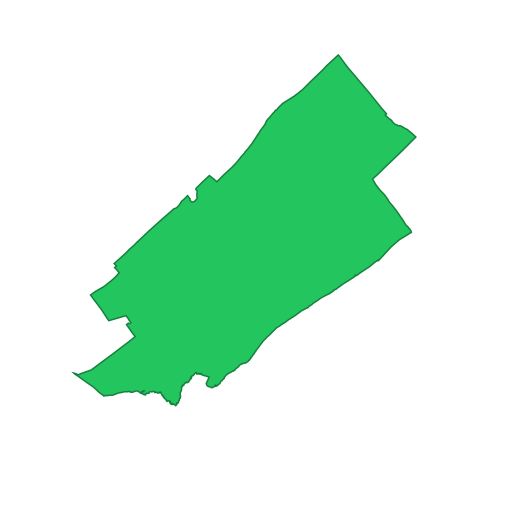 Seaca De Padure, Dolj, Romania, rotated 310°
{"feature_id": "2599482B71880041141531", "entity_name": "Seaca De Padure", "entity_type": "district", "adm_level": 2, "iso_a3": "ROU", "parent_name": "Romania", "parent_adm1": "Dolj", "projection": "albers", "projection_center": [23.279, 44.368], "detail": "fine", "context": "isolated", "style": "filled", "palette": "green", "viewbox_px": 512, "rotation_deg": 310, "n_neighbors": 0, "source": "geoboundaries", "source_scale": "gbopen_adm2", "svg_char_len": 5969}
<svg xmlns="http://www.w3.org/2000/svg" viewBox="0 0 512 512"><g transform="rotate(310 256 256)"><path d="M360.8,355.4L374.0,359.8L375.0,358.2L375.6,355.8L375.6,355.0L376.0,353.6L376.1,350.7L377.1,348.0L378.0,345.2L380.9,334.5L382.3,328.0L382.9,324.0L383.5,322.0L384.1,320.7L385.4,315.6L385.9,311.7L386.1,308.8L387.6,302.1L388.7,299.1L389.8,295.8L396.7,296.8L404.4,297.5L431.1,300.4L449.9,302.0L450.2,296.5L450.1,290.1L449.6,288.9L449.1,285.2L448.5,282.8L448.4,282.6L447.5,281.7L447.2,281.0L446.9,279.3L446.2,277.9L446.2,276.9L446.4,276.0L446.4,274.8L446.4,274.1L446.8,273.6L447.0,272.4L446.8,269.0L446.9,264.6L448.8,264.6L450.0,256.9L454.1,236.3L459.4,205.3L460.4,200.8L462.5,192.1L462.9,189.8L447.2,187.8L441.5,187.5L425.9,185.8L412.3,184.6L410.5,184.0L408.2,183.7L405.0,182.9L402.7,182.5L402.1,182.2L390.3,178.4L384.4,177.8L382.8,177.8L381.9,177.9L381.0,177.8L380.6,177.4L379.1,177.3L378.8,177.5L375.8,177.2L375.1,177.3L372.0,177.2L371.7,177.4L369.1,177.1L366.3,177.2L362.8,178.2L361.3,178.4L355.4,178.7L352.0,179.2L350.6,179.6L350.2,179.5L350.2,179.3L349.5,179.4L343.5,180.2L341.9,180.3L340.7,180.6L331.9,180.9L329.0,180.7L327.6,181.0L323.5,180.8L315.4,181.0L307.7,180.5L298.1,179.2L287.8,178.3L287.7,168.6L278.3,167.4L269.3,166.6L268.3,167.2L268.0,169.2L265.2,171.1L262.0,174.0L257.7,173.7L256.4,172.4L256.0,171.7L256.4,169.2L257.3,168.9L258.3,164.8L252.7,164.3L250.2,163.8L246.3,164.4L243.0,164.3L241.5,164.0L240.5,163.5L239.6,162.8L223.5,160.3L205.7,157.8L189.3,155.9L186.0,155.7L179.2,154.6L176.8,154.6L174.0,154.3L159.0,152.2L158.7,155.6L156.2,155.1L155.9,158.5L155.2,161.9L151.1,161.9L149.5,161.8L144.5,161.1L138.1,159.8L137.6,159.8L134.5,159.0L125.4,155.7L119.7,154.3L115.6,172.1L112.8,181.2L111.8,184.8L126.7,194.7L126.0,198.1L125.1,200.4L124.6,203.0L123.1,202.7L122.6,202.3L122.5,201.4L120.2,200.9L117.6,210.6L116.6,215.2L109.3,213.8L88.8,209.2L62.8,203.0L53.6,197.6L50.8,196.2L49.5,192.2L49.2,191.6L49.1,193.2L49.4,195.2L50.4,208.2L51.1,215.6L50.9,220.0L50.7,222.7L50.7,224.1L51.0,228.2L51.0,228.9L50.9,229.4L51.8,230.2L52.9,230.7L53.2,231.6L55.4,233.5L57.4,235.8L62.4,238.5L63.9,239.7L64.8,240.6L66.3,241.6L67.8,242.8L68.6,244.0L71.1,246.3L71.1,246.6L70.9,247.2L72.5,249.2L75.0,250.5L75.9,251.2L76.5,252.6L76.7,253.7L76.9,256.1L78.6,255.8L78.9,256.2L79.4,256.4L79.9,256.3L80.4,256.8L80.9,256.8L80.9,257.0L80.6,257.0L79.1,256.5L78.2,256.4L77.4,256.9L77.4,257.4L77.9,259.7L78.7,260.7L79.1,260.4L79.0,260.0L80.2,260.3L82.0,262.2L83.0,261.8L83.8,262.1L84.6,262.8L84.7,263.2L85.1,263.7L86.2,264.3L86.5,264.7L86.8,264.9L86.9,265.7L86.6,265.8L86.3,266.1L86.3,266.3L86.9,266.7L87.3,267.3L87.6,267.4L88.0,267.9L87.8,268.3L87.9,268.6L87.8,268.8L88.0,269.1L88.3,269.2L89.1,269.8L89.2,270.1L89.6,270.1L89.9,269.8L90.4,270.3L90.5,270.8L90.4,271.0L89.7,271.6L89.3,273.3L89.1,273.5L89.3,273.8L88.7,274.1L88.7,274.4L88.9,275.1L88.8,275.4L88.4,275.8L88.4,276.0L88.8,276.4L88.6,276.7L88.2,276.9L88.0,278.0L88.4,278.4L88.3,279.0L88.1,279.4L88.0,279.9L87.6,280.2L87.4,280.9L87.5,281.4L88.0,281.5L88.5,282.0L88.8,281.8L89.2,282.4L89.4,283.1L88.9,283.6L89.4,283.9L89.4,284.1L88.3,284.5L88.2,284.7L88.4,284.8L88.5,285.3L87.9,285.6L87.9,286.0L88.1,286.8L88.3,287.0L88.9,286.5L89.1,286.6L89.2,286.9L88.9,287.1L88.8,287.4L88.8,287.7L89.5,288.2L89.7,288.5L89.8,289.9L89.6,290.5L89.8,290.7L91.2,290.8L92.0,289.8L92.7,289.9L92.8,290.1L92.6,290.5L93.1,290.8L94.1,290.5L94.7,290.1L95.6,290.2L96.8,289.5L98.7,289.2L99.7,288.6L102.2,286.0L105.0,285.3L108.4,283.0L108.7,283.3L109.3,282.9L109.9,282.9L110.1,283.0L110.0,283.5L110.3,283.6L110.8,283.7L111.6,283.3L112.4,283.3L113.1,283.5L114.0,283.4L114.4,283.6L114.5,284.5L115.2,284.7L115.2,285.0L115.6,285.2L118.3,285.1L118.7,284.7L119.4,284.6L119.9,285.1L120.5,284.9L120.9,285.1L121.1,285.0L121.1,284.0L121.3,283.9L121.6,284.5L122.6,283.9L123.0,284.3L124.3,284.8L125.0,284.7L125.4,284.8L125.9,284.6L128.2,284.8L127.6,286.3L127.6,286.8L127.9,286.9L128.2,287.2L128.5,287.2L128.8,286.9L129.1,287.1L129.0,287.8L129.0,288.2L129.2,288.3L129.4,288.1L129.6,288.3L129.4,288.7L129.4,289.1L129.6,289.4L130.5,289.2L130.7,289.4L130.5,289.9L130.5,290.2L130.2,291.2L131.9,294.9L132.2,295.8L132.6,296.3L132.6,296.8L133.0,297.8L133.0,298.0L126.4,299.8L125.5,301.1L125.3,301.7L125.3,303.0L125.6,304.1L126.5,305.4L126.5,305.8L126.4,306.2L126.6,306.8L127.8,307.5L128.6,307.8L129.0,308.0L129.9,308.1L129.9,308.3L130.2,308.4L130.7,308.2L130.8,308.0L130.8,307.8L131.4,308.1L131.4,308.3L130.5,308.5L130.4,308.9L131.9,309.8L133.0,309.9L133.3,309.6L133.8,309.9L134.9,310.3L135.6,310.2L136.5,309.8L137.6,309.8L138.2,310.0L140.3,310.0L140.6,310.2L141.5,310.1L142.0,310.3L142.3,310.2L142.8,309.6L143.3,309.6L144.5,309.8L145.0,309.7L145.7,309.7L147.0,310.2L147.6,310.0L148.6,310.4L150.2,311.3L152.7,312.1L153.2,312.2L153.2,312.5L154.9,313.1L156.6,313.0L160.3,313.8L161.4,313.5L163.2,314.0L163.8,314.5L164.9,314.8L167.6,317.0L169.0,317.3L169.7,317.6L171.5,317.7L171.8,317.9L172.6,317.7L173.9,317.8L174.4,317.7L174.9,317.2L175.2,317.5L177.4,317.5L179.1,317.1L179.2,317.3L179.4,317.4L180.5,317.1L183.1,317.0L183.9,316.8L194.9,316.2L197.2,316.3L199.3,316.6L200.4,316.4L201.0,316.5L201.5,316.7L204.6,317.1L214.3,317.9L218.2,319.3L219.5,319.4L220.7,320.0L221.3,319.9L221.5,320.1L222.2,320.3L223.4,320.9L228.6,322.0L230.0,322.6L232.0,323.1L233.1,323.6L234.4,323.7L235.2,324.2L243.3,326.1L246.0,327.2L247.2,327.8L248.0,327.8L248.8,328.5L250.1,329.0L250.9,329.1L251.7,328.8L252.0,329.1L254.2,329.9L257.1,330.3L259.9,331.3L265.4,332.7L270.8,334.8L274.2,336.4L274.8,336.4L275.0,336.7L275.3,336.8L276.2,336.9L276.8,337.2L279.1,337.8L279.7,337.8L279.8,337.5L281.1,338.0L281.3,338.4L281.7,338.6L283.5,339.0L284.5,339.1L285.8,339.6L290.3,340.6L301.1,344.1L302.0,344.2L302.5,344.5L303.7,344.8L305.1,344.4L304.9,345.1L306.2,345.7L306.6,345.7L306.8,346.0L308.7,346.2L309.1,346.5L311.3,346.9L312.2,347.3L318.2,349.0L319.8,349.6L328.6,351.3L329.7,351.7L329.8,351.9L330.4,351.8L331.5,352.0L331.3,352.8L350.3,353.7L360.8,355.4Z" fill="#22c55e" stroke="#15803d" stroke-width="1.5"/></g></svg>